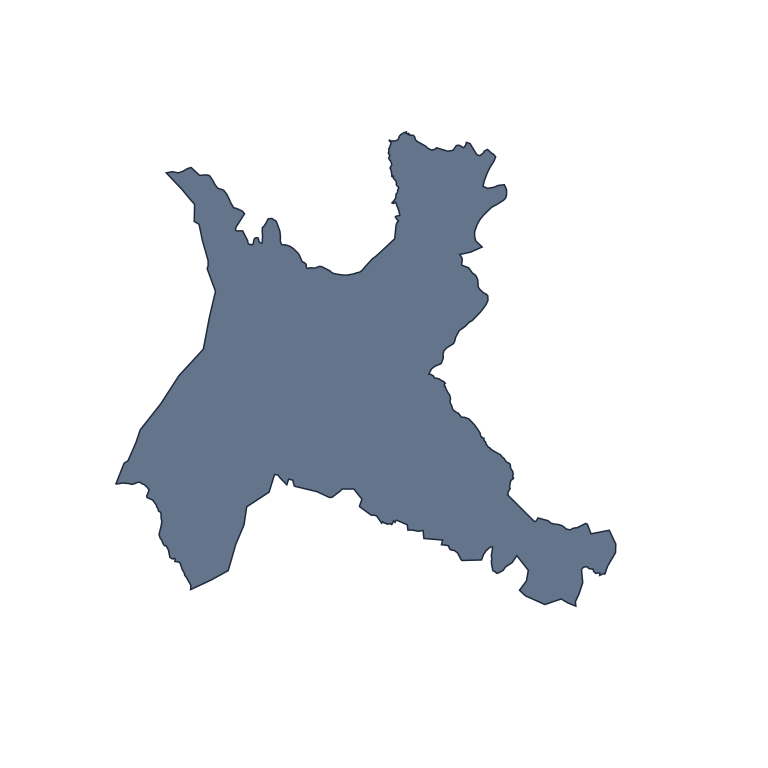 Tamazulápam del Espíritu Santo, Oaxaca, Mexico (Robinson projection), rotated 198°
{"feature_id": "50627088B94442795805381", "entity_name": "Tamazulápam del Espíritu Santo", "entity_type": "district", "adm_level": 2, "iso_a3": "MEX", "parent_name": "Mexico", "parent_adm1": "Oaxaca", "projection": "robinson", "projection_center": [-96.035, 17.033], "detail": "fine", "context": "isolated", "style": "filled", "palette": "slate", "viewbox_px": 768, "rotation_deg": 198, "n_neighbors": 0, "source": "geoboundaries", "source_scale": "gbopen_adm2", "svg_char_len": 6171}
<svg xmlns="http://www.w3.org/2000/svg" viewBox="0 0 768 768"><g transform="rotate(198 384 384)"><path d="M333.0,544.6L341.0,548.5L343.4,552.4L344.9,556.9L344.7,564.0L343.6,569.8L341.6,575.2L336.2,585.4L332.7,589.0L327.2,595.5L325.9,598.2L325.7,600.7L326.6,604.2L327.7,607.0L331.1,610.7L336.7,608.2L340.1,605.2L345.9,602.1L350.9,602.6L351.4,607.8L351.0,616.7L350.1,622.8L348.2,630.2L348.0,634.6L351.0,636.4L353.0,636.8L358.1,639.1L360.6,636.5L360.8,634.6L363.5,630.7L366.7,630.9L376.4,639.2L380.3,639.3L380.1,636.6L381.2,633.2L384.6,634.1L386.8,634.2L388.9,633.1L390.6,627.6L395.3,625.1L407.1,624.9L407.8,623.2L411.0,621.2L415.0,621.7L417.9,623.1L426.6,624.8L429.2,625.8L430.4,626.9L430.7,628.1L432.9,629.6L436.7,628.5L436.8,629.3L437.2,629.6L438.3,629.8L438.3,629.1L438.9,629.0L439.5,629.3L440.5,629.3L440.6,630.6L442.6,629.3L445.1,626.4L445.9,624.8L446.1,621.4L446.5,620.3L448.7,618.5L449.4,618.2L450.6,618.1L451.1,617.6L453.4,617.3L454.7,617.9L453.7,616.6L452.2,616.2L451.9,615.8L451.6,614.1L451.9,613.0L451.7,611.0L452.2,609.2L451.6,608.0L451.2,606.2L451.3,605.0L451.1,604.6L449.5,603.9L449.3,602.2L449.0,601.6L449.4,600.6L449.2,600.0L447.7,598.6L446.2,597.8L444.6,595.3L444.3,594.1L444.9,592.9L444.8,591.8L445.0,591.2L443.5,589.7L441.4,585.8L440.7,583.8L440.2,583.9L439.5,584.6L439.2,584.3L438.8,582.7L435.6,580.9L434.1,578.9L434.1,577.7L432.9,576.4L430.7,575.6L430.5,575.2L431.0,572.8L430.5,571.1L430.5,570.1L431.3,568.2L430.6,566.5L430.4,564.0L431.5,560.6L432.4,559.1L432.3,558.6L430.6,558.6L429.5,560.4L428.0,559.4L426.8,557.3L424.9,555.5L424.7,554.7L423.6,553.9L422.1,550.9L421.3,550.1L421.2,549.2L424.4,547.3L424.9,546.3L421.9,544.1L420.8,543.9L420.6,543.3L421.6,541.4L421.6,538.7L418.7,525.5L427.8,508.9L431.5,502.5L433.5,499.9L438.6,488.8L439.8,485.4L441.9,482.7L444.7,481.1L446.7,479.4L453.1,476.0L456.9,474.9L464.0,473.7L467.6,473.6L470.4,474.9L479.7,476.4L482.0,475.8L485.4,472.9L490.4,471.6L492.5,470.3L493.4,470.4L494.1,471.3L494.7,473.3L495.9,474.4L499.9,475.3L504.4,480.5L506.4,482.0L511.8,484.7L516.2,485.9L520.5,485.9L523.6,484.9L525.0,485.4L526.9,488.2L528.0,492.1L530.1,496.9L533.4,501.3L536.8,505.5L541.8,506.8L545.2,505.3L545.9,500.8L547.0,496.9L548.0,495.4L547.2,492.1L544.7,485.8L544.5,484.0L543.7,482.0L543.7,480.2L544.7,479.9L547.0,480.9L548.0,482.8L549.1,484.1L551.1,483.5L552.1,482.2L552.2,479.9L551.7,477.4L552.1,475.8L555.0,475.2L556.1,475.4L557.0,476.2L558.0,478.2L565.8,486.0L571.4,484.0L572.7,484.7L573.2,485.8L573.2,487.3L569.2,502.8L572.3,504.7L578.0,505.4L581.5,505.2L585.8,509.0L588.4,512.1L592.3,516.0L596.5,518.8L602.9,518.9L606.7,521.7L609.3,524.4L614.4,528.3L617.9,527.9L623.8,525.4L634.3,530.3L637.6,528.1L640.7,524.4L644.9,521.2L650.9,520.5L656.3,517.5L635.9,506.4L625.1,499.5L619.7,496.4L614.7,479.9L609.3,478.8L601.0,464.3L589.4,447.0L587.8,442.0L587.8,439.0L572.9,420.1L570.6,392.8L566.6,361.3L581.6,328.5L590.2,296.2L601.7,265.0L601.8,251.6L603.8,231.8L606.7,228.4L608.1,206.3L607.4,206.2L602.2,209.0L596.2,210.4L593.0,210.6L591.1,211.5L589.1,213.4L587.8,214.3L585.8,215.1L582.8,214.2L580.8,214.3L579.0,213.2L577.2,212.7L576.0,211.5L574.8,210.9L574.7,208.4L575.1,204.0L574.2,202.8L568.3,202.2L563.3,198.6L562.0,196.8L560.4,195.5L559.3,193.6L556.9,192.9L556.0,191.7L554.5,187.5L552.8,184.5L552.1,180.3L551.5,171.5L549.4,168.4L547.3,166.9L544.0,163.1L542.5,162.4L541.3,162.8L537.7,159.5L534.1,153.0L531.8,152.3L530.5,152.4L529.5,153.3L528.3,153.1L528.1,150.6L524.7,151.2L522.8,150.9L518.5,145.1L515.6,142.6L514.3,140.4L512.4,139.2L505.5,132.9L504.4,128.7L487.2,144.8L474.5,158.4L475.4,185.7L473.6,206.7L476.6,224.8L459.9,245.6L460.1,264.1L457.0,264.7L453.8,262.6L445.3,258.1L445.3,264.0L441.2,264.4L437.6,259.1L414.4,260.9L400.7,259.2L398.3,260.3L392.5,268.8L391.4,271.1L380.3,274.8L369.4,267.6L369.6,260.1L369.1,259.7L355.6,255.3L352.8,256.2L350.2,256.2L343.2,250.9L342.6,252.5L341.1,251.9L338.8,252.0L337.6,251.6L336.4,252.5L334.9,253.0L333.2,252.7L332.5,256.7L330.8,255.8L330.8,256.8L330.0,258.4L318.4,257.3L316.1,252.4L312.6,253.7L305.7,254.6L301.6,256.7L298.3,249.4L280.1,253.7L279.7,248.9L273.1,250.2L270.2,247.1L268.4,246.9L265.8,247.4L261.8,246.1L256.7,241.0L255.4,240.2L236.9,246.8L236.7,252.3L235.5,256.6L233.8,259.8L232.0,262.2L230.4,262.6L229.2,256.8L229.0,254.0L227.2,250.6L227.2,248.7L225.8,245.5L222.8,240.1L220.5,239.8L218.3,238.8L216.8,239.6L213.2,243.4L211.8,247.7L207.0,253.6L204.6,261.8L189.2,251.4L187.7,240.8L191.4,229.7L184.0,226.2L162.8,224.0L149.1,234.3L141.5,232.6L132.9,232.0L134.7,236.2L133.6,244.9L133.6,256.5L138.8,268.5L138.1,270.7L136.9,271.9L134.5,273.0L132.0,271.7L127.9,272.5L126.7,270.5L123.9,269.3L122.3,270.3L120.2,270.8L119.8,268.6L116.0,271.9L115.3,271.5L115.1,272.7L115.1,279.4L111.7,295.2L114.1,303.4L124.6,314.5L140.8,305.5L147.2,313.4L149.1,313.7L155.8,307.1L159.3,305.4L161.9,302.8L165.9,302.4L168.6,303.6L171.1,304.3L174.6,304.3L179.0,303.4L182.6,303.3L185.6,304.7L196.1,304.2L196.9,300.8L198.3,299.6L232.2,316.8L232.0,317.7L232.6,319.4L231.7,323.7L232.8,324.9L233.6,331.3L231.7,334.1L231.9,334.9L232.7,335.0L233.1,336.1L233.2,337.8L234.2,340.2L237.7,343.2L238.8,346.1L240.0,347.2L243.5,347.7L247.3,350.6L249.0,351.0L251.2,352.6L261.1,354.6L261.5,355.1L262.2,354.8L263.6,356.0L265.3,356.2L267.5,357.8L269.0,359.3L269.7,360.5L271.3,360.9L272.2,363.4L273.4,363.0L274.4,363.7L275.0,363.5L276.4,365.0L277.3,366.9L280.4,369.5L285.7,373.4L292.7,377.1L297.3,377.2L299.6,376.4L300.5,376.6L304.2,379.2L306.8,379.5L310.3,380.8L311.1,381.5L312.7,384.0L315.1,386.5L315.8,387.7L316.2,390.6L318.0,393.7L321.0,396.0L323.9,398.9L324.9,400.5L325.8,400.5L326.5,402.8L325.9,403.6L328.1,404.8L331.3,405.2L332.8,405.9L337.9,405.5L338.5,405.8L339.4,406.9L340.4,407.2L342.8,407.6L344.3,407.2L344.1,410.0L343.3,413.4L341.0,416.6L335.9,421.1L335.6,427.0L337.1,430.7L337.2,434.3L335.5,437.8L330.3,444.0L330.0,446.8L330.3,450.6L328.9,458.1L324.7,463.7L322.3,468.7L319.7,471.6L316.6,477.9L314.6,482.0L312.8,486.8L311.5,491.0L310.9,495.4L312.5,499.9L314.4,501.0L318.0,501.6L322.5,503.8L324.4,505.5L326.9,511.9L329.9,515.3L332.1,516.3L334.0,516.7L339.4,520.7L346.6,521.0L347.4,522.8L347.6,525.1L348.7,527.9L351.9,530.6L342.5,536.1L333.0,544.6Z" fill="#64748b" stroke="#1e293b" stroke-width="1.5"/></g></svg>